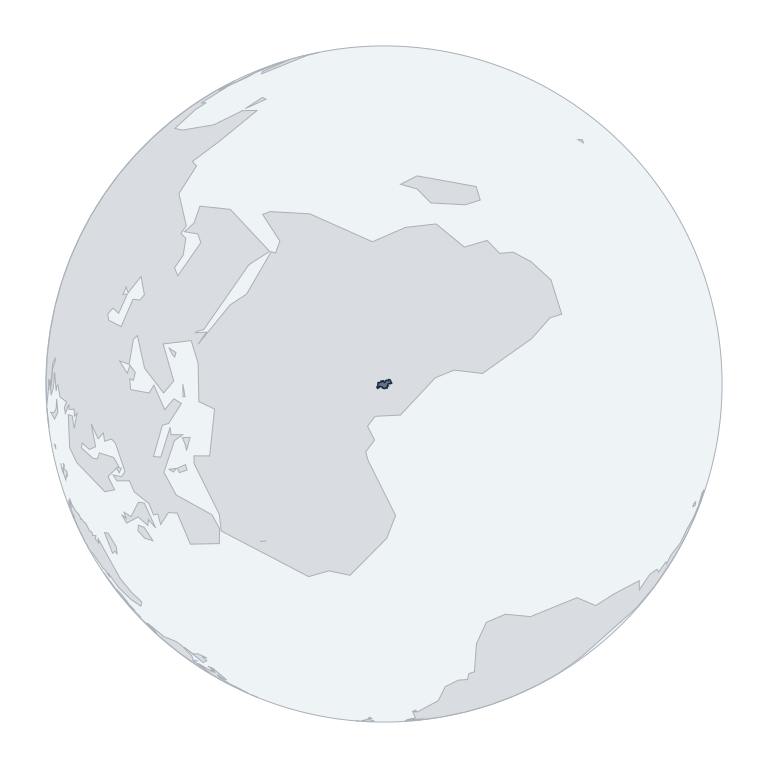 Cuvette-Ouest highlighted on a globe, orthographic projection, rotated 254°
{"feature_id": "COG-2185", "entity_name": "Cuvette-Ouest", "entity_type": "Region", "adm_level": 1, "iso_a3": "COG", "parent_name": "Republic of the Congo", "parent_adm1": "", "projection": "orthographic", "projection_center": [14.65, 0.103], "detail": "fine", "context": "on_globe", "style": "filled", "palette": "slate", "viewbox_px": 768, "rotation_deg": 254, "n_neighbors": 0, "source": "natural_earth", "source_scale": "10m", "svg_char_len": 8502}
<svg xmlns="http://www.w3.org/2000/svg" viewBox="0 0 768 768"><g transform="rotate(254 384 384)"><circle cx="384" cy="384" r="338" fill="#eef3f6" stroke="#a8b0b8"/><path d="M227.5,84.5L227.7,84.4L221.3,88.3L210.7,94.5L207.6,96.8L219.7,90.4L201.9,102.8L193.6,113.3L188.7,117.3L175.6,124.3L170.5,124.3L153.4,137.6L166.9,128.1L154.5,140.0L153.5,142.1L155.6,141.5L161.3,136.9L157.5,141.4L142.8,151.3L145.9,147.4L150.6,143.9L148.1,144.5L138.1,153.2L132.6,159.5L123.4,168.9L141.4,148.8L160.9,130.2L181.9,113.2L204.1,97.9L227.5,84.5ZM122.4,170.0L119.2,174.1L117.4,176.4L122.4,170.0ZM51.7,322.4L52.4,319.0L54.7,311.3L51.0,330.8L55.1,312.9L54.4,322.2L61.1,321.3L59.6,325.8L64.7,349.0L76.2,359.5L78.8,374.0L76.9,382.9L82.2,385.7L82.4,391.6L108.8,401.3L126.7,416.6L129.2,437.2L120.0,460.7L125.4,510.6L112.6,526.5L118.6,546.4L124.6,575.1L115.7,572.7L127.8,587.1L130.7,595.5L127.5,596.0L135.2,605.9L133.3,606.1L140.5,612.7L149.7,625.3L161.5,635.7L171.4,645.7L179.2,651.6L178.4,651.4L180.8,653.5L185.2,656.8L177.2,651.2L170.5,646.0L159.0,636.1L153.3,630.9L152.4,630.0L149.7,627.5L134.7,611.8L137.8,615.4L114.8,588.1L99.4,565.2L67.3,498.3L62.2,484.9L57.7,471.9L52.1,447.4L48.3,422.5L46.3,397.5L46.3,372.3L48.1,347.3L51.7,322.4ZM68.2,263.8L67.1,266.9L66.8,267.6L68.2,263.8ZM194.6,662.9L179.9,653.3L186.3,657.7L180.3,652.6L191.9,659.9L194.6,662.9ZM181.6,649.8L180.9,647.1L183.7,648.8L184.9,651.1L181.6,649.8ZM716.6,324.1L711.7,305.7L716.0,329.8L720.2,351.5L721.8,376.4L721.0,367.8L718.7,346.0L716.8,338.2L713.5,317.0L704.5,285.7L703.4,290.7L699.8,278.5L687.3,253.4L683.6,260.3L680.1,291.7L685.8,323.5L681.9,337.4L662.1,291.2L650.8,261.2L645.2,263.9L623.6,239.3L590.6,237.6L584.6,230.2L578.7,233.7L563.2,226.5L553.5,214.7L544.8,215.6L570.4,246.9L579.6,246.3L585.4,234.2L591.0,245.7L605.7,256.1L594.2,284.4L543.0,310.6L535.9,287.0L485.9,225.6L486.2,218.8L485.9,218.1L485.2,216.8L482.8,227.7L473.5,216.3L502.5,257.9L508.3,276.7L542.3,312.0L539.7,315.8L550.0,323.3L580.4,314.1L581.1,322.1L568.0,359.6L523.9,412.1L528.6,447.7L523.5,478.2L493.5,498.9L493.6,522.6L477.7,531.2L475.0,544.7L460.8,559.2L438.1,573.2L402.2,574.1L401.9,561.9L386.9,538.4L367.0,481.5L378.1,455.1L375.8,434.9L349.6,391.2L355.4,366.5L347.9,356.5L332.7,359.5L323.8,347.7L314.4,347.7L254.4,358.9L235.0,344.2L209.5,298.6L219.6,279.5L219.6,258.5L287.6,187.0L304.1,189.8L359.9,179.5L367.3,181.6L362.9,196.6L406.6,214.2L418.1,201.2L455.5,211.1L478.9,210.6L483.4,182.7L444.9,182.7L436.1,169.7L465.2,158.2L498.5,160.3L496.1,155.5L473.2,144.4L479.0,136.2L465.1,140.2L472.1,145.0L463.6,148.1L456.6,144.1L459.0,141.0L448.4,138.9L440.1,155.8L446.3,162.5L419.8,166.1L427.7,178.0L421.1,183.9L405.4,166.1L405.5,159.6L377.8,142.4L375.3,149.3L401.3,166.5L394.0,165.3L390.7,176.5L387.4,167.0L359.8,148.1L334.6,153.6L305.7,182.6L290.3,186.1L276.0,181.7L283.4,153.8L316.9,149.6L319.9,141.3L310.5,130.6L321.5,130.7L321.7,126.4L334.1,125.0L349.0,114.2L361.2,112.6L364.5,100.6L371.2,98.6L367.3,106.0L371.1,110.9L401.2,109.5L406.2,106.9L406.0,99.6L414.3,100.8L410.2,94.1L426.2,91.6L403.2,89.5L402.3,82.7L410.5,77.7L406.1,75.5L392.6,83.9L391.0,87.8L396.2,91.4L388.0,103.8L378.3,106.3L371.1,93.2L356.5,95.9L357.4,86.0L393.2,67.0L409.5,64.3L441.6,72.1L439.3,75.5L426.6,74.0L440.7,80.9L438.4,77.6L445.3,79.2L446.2,74.4L451.1,75.3L443.5,69.6L449.6,70.3L454.3,73.9L460.8,69.0L472.9,70.2L472.0,68.8L467.6,66.9L485.8,70.6L484.3,69.5L477.8,67.7L470.6,64.6L465.0,60.9L471.6,62.3L474.6,63.8L490.6,69.9L497.3,74.7L499.5,75.0L495.2,71.3L475.6,63.7L470.4,61.2L480.1,64.3L476.2,62.9L475.6,62.2L481.3,63.2L470.8,59.8L456.0,53.8L456.7,54.0L480.7,60.2L504.2,68.2L527.1,77.9L549.2,89.2L570.4,102.1L590.6,116.6L609.6,132.5L627.5,149.7L644.0,168.2L659.2,187.9L672.8,208.6L684.9,230.3L695.4,252.8L704.2,276.0L711.3,299.8L716.6,324.1ZM266.8,221.5L265.5,227.6L266.8,221.5ZM535.9,178.3L554.4,180.1L542.2,163.2L548.3,162.9L542.0,157.7L541.3,162.1L525.1,148.4L531.7,144.3L527.5,137.8L521.1,137.0L511.6,147.1L534.6,166.0L532.0,172.6L535.9,178.3ZM61.4,321.1L61.8,324.8L60.4,324.9L61.4,321.1ZM66.9,276.7L67.7,278.4L65.8,280.0L66.9,276.7ZM66.5,268.9L66.2,276.2L62.7,281.9L63.3,277.7L64.3,275.9L66.5,268.9ZM155.4,139.4L156.4,138.8L157.4,139.2L154.7,141.1L155.4,139.4ZM175.8,131.0L169.4,138.4L172.1,134.0L166.9,137.5L166.1,133.4L186.3,119.2L177.3,126.0L175.8,131.0ZM170.7,125.4L168.9,128.7L170.1,125.7L170.7,125.4ZM310.9,107.1L316.0,109.0L312.4,113.9L297.0,118.7L301.9,111.4L310.9,107.1ZM323.9,111.0L321.2,98.3L330.7,95.8L325.8,99.1L332.4,98.7L326.3,104.3L338.1,115.4L335.7,120.7L308.4,124.9L318.7,120.2L313.1,118.1L323.9,111.0ZM297.3,79.5L296.2,76.4L318.2,74.4L316.7,77.7L301.2,81.8L293.9,80.6L297.3,79.5ZM257.0,70.8L254.4,71.9L254.0,72.1L257.0,70.8ZM280.6,62.3L265.2,68.2L262.2,69.1L254.9,73.3L244.0,77.8L249.1,74.7L235.3,81.9L235.5,81.0L227.0,85.9L239.5,78.5L239.4,78.6L242.1,77.3L243.7,76.6L253.7,72.3L257.9,70.5L262.9,68.5L280.6,62.3ZM359.2,48.9L350.7,49.3L360.9,50.1L351.2,51.1L353.0,51.2L346.8,52.7L342.4,54.9L337.7,55.4L338.0,56.1L334.0,57.5L332.8,58.8L324.0,60.5L321.9,62.4L318.8,62.2L317.6,65.3L314.6,63.8L309.0,66.2L314.9,66.4L269.8,76.8L253.3,83.9L241.1,91.2L237.5,89.0L246.6,81.4L262.0,72.6L278.5,66.7L273.8,67.3L280.4,64.9L281.3,65.4L283.8,63.3L289.4,61.6L303.1,56.9L303.2,56.0L308.2,54.7L311.0,54.3L314.0,53.4L322.7,51.9L326.5,51.1L338.8,49.4L341.9,49.7L345.9,48.9L355.5,48.2L359.2,48.9ZM343.3,48.5L344.2,48.4L341.8,48.9L323.3,51.6L343.3,48.5ZM318.3,52.5L316.8,52.8L315.8,53.0L318.3,52.5ZM374.4,175.8L379.8,176.3L388.0,175.4L386.1,182.9L374.4,175.8ZM355.2,163.0L359.9,161.8L361.3,171.0L355.6,171.0L355.2,163.0ZM361.3,153.9L360.1,161.1L357.4,157.2L361.3,153.9ZM371.6,104.9L376.5,103.8L377.5,105.5L375.3,108.2L371.6,104.9ZM387.3,55.1L382.9,54.4L384.0,53.9L379.5,51.7L386.4,51.3L391.8,52.5L387.3,55.1ZM477.6,187.4L471.5,192.7L467.6,190.2L470.5,188.8L477.6,187.4ZM427.2,187.3L439.3,190.6L426.5,189.3L427.2,187.3ZM394.0,54.3L391.4,53.3L396.4,53.8L394.0,54.3ZM391.2,51.0L396.9,51.3L386.7,51.0L391.2,51.0ZM565.4,637.8L564.4,642.0L560.8,642.2L565.4,637.8ZM574.9,473.2L548.4,527.0L534.3,527.2L533.9,511.4L545.2,478.9L562.4,469.6L571.4,455.0L574.9,473.2ZM720.6,413.7L721.0,400.5L715.9,351.8L717.9,353.2L721.9,383.4L721.8,388.2L721.8,394.5L720.6,413.7ZM687.0,326.6L693.0,346.1L690.3,349.1L687.0,326.6ZM448.7,55.9L447.3,58.8L450.8,62.1L459.9,65.2L446.5,62.7L441.1,57.6L448.7,55.9ZM451.9,53.0L452.5,53.1L454.4,53.6L446.4,51.9L449.9,52.6L451.9,53.0ZM449.4,52.6L439.1,50.9L434.8,50.0L443.8,51.5L449.4,52.6ZM416.8,50.6L415.9,51.3L411.8,50.7L416.8,50.6Z" fill="#d9dde1" stroke="#a8b0b8" stroke-width="1"/><path d="M381.2,381.4L381.5,381.4L382.1,380.9L382.2,380.5L382.3,380.3L382.6,380.0L382.8,379.8L382.8,379.5L382.7,379.4L382.8,379.4L382.9,379.2L382.7,379.1L382.5,378.9L382.4,378.8L382.4,378.6L382.3,378.3L382.2,378.2L381.9,378.1L381.8,377.9L381.8,377.3L381.8,377.2L381.7,376.8L381.6,376.7L381.8,376.5L382.0,376.5L382.3,376.5L382.5,376.5L382.6,376.4L382.8,376.5L383.1,376.4L383.2,376.5L383.2,376.8L383.3,377.1L383.5,377.4L384.3,377.6L384.6,377.6L384.8,377.7L385.0,377.8L385.2,378.0L385.5,378.2L385.8,378.4L386.1,378.4L386.4,378.4L386.5,378.4L386.5,378.5L386.8,378.7L387.0,378.9L387.0,379.0L386.9,379.0L386.7,379.1L386.6,379.3L386.5,379.5L386.6,379.8L386.6,380.1L386.6,380.6L386.7,380.9L386.7,381.0L386.6,381.3L386.6,381.5L387.0,381.7L387.1,381.8L387.3,381.9L387.3,382.0L387.6,382.0L387.6,382.4L387.5,382.5L387.3,382.6L387.1,382.7L386.9,382.8L387.0,383.2L387.4,383.4L387.5,383.8L387.2,384.2L386.8,384.3L386.3,384.4L386.2,384.4L385.9,384.4L385.7,384.4L385.4,384.6L385.5,384.9L385.5,385.0L385.4,385.0L385.5,385.2L385.6,385.5L385.8,385.9L386.0,386.0L386.4,386.1L386.6,386.1L386.7,386.3L387.0,387.4L386.9,387.6L386.8,387.8L386.7,388.0L386.4,388.3L386.1,388.7L387.0,389.5L387.0,389.9L386.9,390.1L386.3,390.8L386.0,391.1L385.6,391.2L384.5,391.2L384.2,391.1L383.9,391.3L383.5,391.5L382.8,391.6L382.7,391.6L382.7,391.3L382.7,391.2L382.5,390.6L382.5,390.4L382.6,390.2L382.7,389.9L382.8,389.8L382.9,389.7L382.8,389.3L382.8,389.2L383.1,388.5L383.1,388.3L383.1,388.1L382.9,387.9L382.6,387.6L382.3,387.3L382.1,387.2L381.9,387.2L381.7,387.2L381.6,387.3L381.5,387.2L381.4,387.2L381.2,387.2L381.1,387.3L381.1,387.1L381.1,386.8L381.0,386.6L380.9,386.4L380.7,386.2L380.3,386.1L380.1,386.2L379.9,386.0L379.7,386.0L379.4,386.1L379.2,385.8L379.2,385.6L379.5,385.1L379.7,384.9L379.7,384.7L379.8,384.5L379.7,384.4L379.5,383.9L379.4,383.6L379.4,383.4L379.6,383.0L379.8,382.5L380.0,382.4L380.4,382.2L380.5,382.0L380.5,381.9L380.4,381.7L380.6,381.4L380.9,381.4L381.2,381.4Z" fill="#64748b" stroke="#1e293b" stroke-width="1.5"/></g></svg>